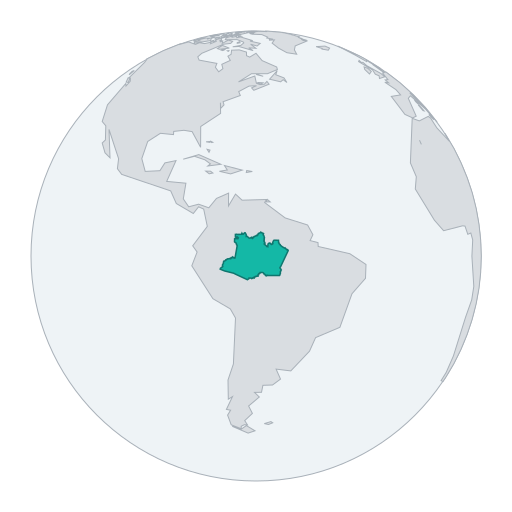 Amazonas highlighted on a globe, orthographic projection
{"feature_id": "BRA-592", "entity_name": "Amazonas", "entity_type": "State", "adm_level": 1, "iso_a3": "BRA", "parent_name": "Brazil", "parent_adm1": "", "projection": "orthographic", "projection_center": [-64.603, -3.801], "detail": "fine", "context": "on_globe", "style": "filled", "palette": "teal", "viewbox_px": 512, "rotation_deg": 0, "n_neighbors": 0, "source": "natural_earth", "source_scale": "10m", "svg_char_len": 11878}
<svg xmlns="http://www.w3.org/2000/svg" viewBox="0 0 512 512"><circle cx="256" cy="256" r="225" fill="#eef3f6" stroke="#a8b0b8"/><path d="M180.8,43.6L178.9,44.6L188.6,41.9L195.5,44.4L199.5,42.7L204.6,43.6L211.1,42.2L210.5,43.7L216.2,41.4L215.5,40.3L217.7,39.1L221.5,38.4L221.4,40.0L219.5,40.6L221.5,40.8L219.8,42.0L222.8,41.0L222.2,43.4L228.3,40.1L232.6,41.4L230.7,43.4L223.6,44.2L201.8,53.3L197.8,56.8L199.1,60.1L216.9,63.4L215.4,67.3L218.7,71.8L222.9,68.7L221.8,64.3L230.3,60.4L227.9,56.2L231.1,54.3L231.6,50.2L239.3,49.9L246.5,52.1L246.5,55.7L249.7,57.1L256.0,53.3L262.1,60.6L276.7,67.0L277.4,69.5L267.5,73.7L251.5,73.7L238.5,81.9L254.8,76.0L256.4,83.3L259.9,84.6L264.4,84.2L266.9,81.4L269.1,84.2L253.8,90.3L251.6,87.9L256.5,85.7L249.0,86.1L238.7,91.6L240.3,95.5L223.1,101.7L224.0,104.9L220.7,108.4L220.4,102.7L220.6,113.4L200.7,126.5L200.6,147.3L192.1,131.6L183.9,130.3L173.7,131.4L173.5,134.6L160.4,133.3L147.7,141.5L141.8,158.6L145.2,171.4L159.9,170.7L164.9,162.9L176.0,160.6L166.7,181.4L185.9,183.2L183.3,198.9L188.7,206.8L198.6,204.2L208.8,207.8L216.5,198.4L228.6,193.1L228.5,205.9L235.5,194.1L242.1,200.2L266.5,199.5L264.6,202.5L285.1,217.9L307.6,225.0L312.9,234.7L310.1,240.6L318.0,242.6L318.2,246.5L349.8,253.7L366.0,264.5L365.5,278.3L352.0,293.7L339.9,327.3L315.6,337.6L309.5,351.2L290.8,370.9L276.1,369.1L280.5,379.1L272.5,385.0L262.9,385.3L261.5,392.3L254.5,392.4L259.3,397.0L248.6,406.0L252.4,413.4L244.7,420.6L247.5,424.9L244.3,424.7L241.2,426.3L241.2,428.7L231.2,424.8L227.6,415.1L230.6,410.2L226.4,409.4L232.5,396.6L228.3,399.2L228.0,380.0L233.4,364.0L235.5,318.0L230.3,308.9L212.9,298.7L191.8,265.8L197.1,252.0L192.7,245.8L207.3,226.4L203.7,209.1L198.6,206.8L193.3,213.5L176.3,203.5L170.7,190.9L121.7,174.4L117.4,168.7L118.6,158.7L109.0,129.4L110.0,157.8L105.0,152.8L102.2,143.0L105.4,140.0L105.8,125.8L102.2,121.5L107.5,104.8L125.8,83.5L126.0,86.0L130.3,81.2L130.4,78.1L129.4,77.4L144.6,62.4L147.3,58.7L146.3,59.2L163.2,50.7L180.8,43.6ZM198.8,154.6L220.9,164.3L207.8,166.0L210.4,163.9L204.9,159.8L194.5,156.3L183.2,159.2L198.8,154.6ZM209.9,142.4L206.1,141.8L209.9,141.5L209.9,142.4ZM128.2,77.7L129.9,78.5L128.2,82.5L126.2,82.0L128.2,77.7ZM132.2,71.3L134.3,70.5L129.2,74.8L129.6,73.9L132.2,71.3ZM227.3,50.8L229.4,50.5L228.2,51.4L227.3,50.8ZM225.5,49.4L222.7,50.6L221.4,50.2L223.2,49.4L225.5,49.4ZM229.3,48.1L219.5,49.3L217.4,48.6L222.4,45.4L229.3,48.1ZM213.6,40.4L214.6,41.4L210.3,41.3L213.6,40.4ZM210.4,40.6L194.1,43.2L194.6,41.7L199.9,40.9L197.8,40.0L206.0,38.0L209.1,38.0L207.1,39.2L211.8,37.6L210.4,40.6ZM218.3,38.7L215.0,39.1L215.2,37.8L221.9,36.7L219.7,37.4L218.3,38.7ZM193.2,41.0L194.5,40.1L201.5,38.1L203.0,37.6L206.3,37.8L193.2,41.0ZM221.5,37.4L225.3,36.2L228.6,36.3L221.6,38.2L221.5,37.4ZM212.4,38.0L212.8,37.4L214.8,37.3L212.4,38.0ZM242.6,36.9L238.6,37.0L238.3,36.2L242.6,36.9ZM226.5,35.8L225.3,35.8L224.8,35.7L227.9,35.0L226.5,35.8ZM211.0,36.6L213.7,36.1L210.0,36.4L215.2,35.2L216.4,35.7L218.0,35.1L219.6,34.7L218.9,35.6L211.0,36.6ZM229.4,34.0L232.7,34.9L240.2,34.6L240.6,35.2L228.5,35.6L229.4,34.0ZM223.3,34.8L227.1,34.4L225.7,35.1L222.2,35.8L223.3,34.8ZM218.2,34.4L210.0,36.0L210.0,35.9L218.2,34.4ZM231.8,33.7L231.0,33.6L232.5,33.6L231.8,33.7ZM222.7,33.9L219.8,34.4L222.7,33.9ZM231.7,33.1L232.7,33.2L230.4,33.6L231.7,33.1ZM227.8,33.3L228.6,33.0L228.9,33.6L226.5,33.5L227.8,33.3ZM223.3,33.7L222.4,33.8L224.5,33.6L223.3,33.7ZM240.0,31.8L240.9,32.5L235.7,33.2L235.5,32.4L240.0,31.8ZM248.1,433.1L232.2,426.3L241.0,429.3L246.4,425.6L255.0,430.8L248.1,433.1ZM264.3,423.6L270.9,421.6L272.7,422.8L268.5,424.5L264.3,423.6ZM436.9,121.8L437.1,122.0L427.0,109.6L423.3,105.3L409.7,92.8L413.8,97.2L426.9,109.6L425.6,108.5L431.2,115.8L425.8,109.4L410.4,95.8L408.3,98.3L416.2,116.2L412.7,117.9L404.9,114.4L391.3,96.4L400.6,94.9L395.9,89.6L384.8,82.2L388.6,82.8L385.2,79.9L387.9,79.6L382.6,73.1L383.9,72.6L373.1,64.9L372.3,63.9L378.9,68.5L384.2,71.9L386.4,72.3L385.9,71.9L400.1,82.8L413.4,94.8L425.7,107.8L436.9,121.8ZM358.0,55.2L358.3,55.3L362.9,57.7L367.5,60.3L379.9,68.0L381.0,69.2L366.5,60.4L366.5,61.5L355.2,55.1L337.7,46.0L358.0,55.2ZM445.5,377.8L442.9,381.6L441.1,380.6L446.2,372.4L453.4,356.0L465.6,317.1L471.7,299.9L473.8,286.4L471.9,256.1L472.7,239.9L470.8,233.0L467.8,234.3L465.0,226.1L462.6,225.8L443.6,230.7L434.4,220.2L415.3,189.0L416.3,176.7L410.4,162.9L412.2,118.3L419.3,120.9L428.2,116.4L430.6,118.1L436.8,127.8L449.4,141.3L444.8,133.2L445.8,134.7L454.0,148.5L461.1,162.9L467.2,177.7L472.3,192.9L476.2,208.5L479.0,224.3L480.7,240.2L481.3,256.3L480.7,272.3L479.0,288.3L476.1,304.0L472.1,319.6L467.0,334.8L460.9,349.6L453.7,364.0L445.5,377.8ZM419.5,140.2L421.3,144.2L421.3,144.3L419.5,140.2ZM267.3,199.4L270.2,201.9L266.3,201.9L267.3,199.4ZM205.7,171.1L210.5,171.2L212.9,173.0L209.2,173.8L205.7,171.1ZM246.7,170.5L252.3,171.5L246.3,172.5L246.7,170.5ZM224.4,165.5L242.2,170.1L230.6,173.9L219.4,171.3L227.3,170.0L224.4,165.5ZM207.1,149.3L210.0,150.1L209.0,152.3L207.1,149.3ZM212.8,142.3L211.6,142.6L210.2,140.9L212.8,142.3ZM257.2,82.9L258.5,82.5L263.0,82.8L260.7,84.0L257.2,82.9ZM284.0,77.9L286.9,82.5L283.2,79.7L280.6,81.8L269.6,79.2L277.2,70.6L275.7,74.7L284.0,77.9ZM257.1,74.3L263.2,76.3L256.2,74.5L257.1,74.3ZM364.1,66.9L367.9,68.4L371.3,71.4L369.5,74.0L364.7,69.4L364.1,66.9ZM372.6,70.0L358.6,61.6L359.1,60.4L361.2,62.4L363.0,62.4L366.8,65.7L380.9,73.5L384.8,76.8L379.5,78.5L379.1,75.8L375.3,74.2L372.6,70.0ZM322.2,48.5L316.1,46.6L325.0,46.1L329.6,48.1L328.3,50.2L322.0,49.1L322.2,48.5ZM240.1,42.8L237.2,43.3L237.2,42.6L239.7,41.7L240.1,42.8ZM240.7,37.0L252.7,40.6L250.0,41.1L260.2,43.4L257.1,46.0L250.6,44.2L255.9,48.3L248.7,47.8L253.1,50.6L238.9,46.5L232.7,46.8L240.8,45.4L243.8,42.9L243.3,42.0L237.1,39.6L225.2,39.7L226.3,37.8L230.2,36.6L233.3,36.3L231.6,37.4L236.8,36.2L236.7,37.7L240.7,37.0ZM275.7,31.7L272.5,31.6L283.0,32.4L283.0,32.7L284.2,32.8L287.0,33.5L292.6,34.7L291.5,34.8L294.1,35.3L296.0,36.0L299.3,36.8L298.5,37.5L302.4,38.6L299.8,38.3L306.7,40.3L301.2,39.2L303.2,40.5L307.5,40.8L295.2,45.9L294.4,49.9L296.7,54.2L286.9,52.7L278.5,48.1L272.1,43.1L274.4,39.9L269.5,40.2L269.2,38.9L273.1,39.2L266.8,38.0L267.6,37.1L261.9,34.6L252.3,34.2L250.0,33.6L254.1,33.4L248.9,33.0L255.2,32.3L253.7,32.0L258.4,31.3L267.2,31.6L264.9,31.2L268.3,31.2L275.7,31.7ZM241.6,31.6L252.2,31.0L257.4,31.2L247.1,32.4L247.6,32.8L241.2,34.3L233.8,34.3L236.3,33.8L237.1,33.3L239.1,33.5L238.0,33.1L241.4,32.5L241.5,32.1L244.9,32.0L241.6,31.6ZM428.8,114.6L429.8,115.1L430.3,114.9L433.9,119.8L428.8,114.6ZM418.5,105.3L418.8,104.8L424.1,110.9L423.0,110.6L418.5,105.3ZM414.3,99.7L418.4,104.3L415.6,101.6L414.3,99.7ZM378.7,68.0L378.4,67.5L380.1,68.6L382.4,70.3L378.7,68.0Z" fill="#d9dde1" stroke="#a8b0b8" stroke-width="1"/><path d="M244.9,232.7L245.2,232.8L245.5,233.5L246.0,234.1L246.1,234.4L246.3,235.0L246.2,236.2L246.2,236.5L247.1,236.3L248.9,237.9L249.1,238.1L249.4,238.1L249.7,238.1L250.0,238.2L250.6,237.9L250.9,237.6L251.5,237.2L252.1,237.2L252.3,237.4L252.4,237.6L252.3,237.9L252.1,238.2L252.1,238.4L252.3,238.5L252.5,238.5L252.7,238.4L252.8,238.2L252.9,237.9L253.2,237.5L253.6,237.4L253.8,236.8L253.9,236.6L254.4,236.6L254.6,236.4L254.8,236.3L255.1,236.1L255.3,236.2L255.5,236.2L256.0,235.8L256.2,235.5L256.8,235.2L256.8,235.6L257.0,235.7L257.2,235.4L257.9,234.9L258.0,234.7L258.1,234.2L258.2,233.6L258.4,233.4L258.7,233.3L259.2,233.3L259.9,232.8L260.1,232.7L260.3,232.7L260.7,232.6L260.8,232.3L261.0,232.5L261.7,232.5L261.8,232.6L261.8,232.8L262.2,233.1L262.3,233.2L262.9,233.2L263.5,233.5L263.3,233.9L263.4,234.3L263.1,234.8L263.4,235.2L263.8,235.6L264.1,236.6L264.2,236.9L264.2,237.3L264.5,237.8L264.4,238.0L264.2,238.2L264.1,238.3L264.3,239.0L264.1,239.4L264.2,239.8L264.0,240.1L264.0,240.4L264.2,240.7L264.1,240.9L264.0,241.0L263.9,241.1L264.2,241.5L264.4,242.0L264.6,242.1L264.7,242.3L264.8,242.5L264.8,242.9L265.0,243.1L265.0,243.5L264.7,243.9L264.3,243.8L264.3,244.2L264.6,244.3L265.0,244.8L265.3,244.9L265.5,245.2L265.7,245.3L266.1,245.6L266.3,245.9L266.5,246.0L266.7,246.5L266.9,246.5L267.2,246.4L267.4,246.6L267.8,246.7L267.7,246.1L267.9,245.6L267.9,245.3L268.0,245.1L267.9,244.7L268.1,243.9L268.3,243.6L268.6,243.4L269.2,243.3L269.3,243.0L269.7,243.0L269.9,243.2L270.4,243.3L270.5,243.5L270.9,243.8L271.1,244.2L271.1,244.4L271.6,244.5L271.7,244.4L272.0,244.4L272.2,244.0L272.8,243.8L272.9,243.7L272.6,243.2L272.6,242.9L272.8,242.3L272.9,242.0L273.1,241.7L273.2,241.3L273.4,241.1L273.6,240.8L273.6,240.6L273.8,240.5L273.9,240.3L274.0,240.2L275.0,240.2L278.5,240.3L278.6,241.5L278.5,241.8L278.6,242.5L279.0,242.8L279.0,243.5L279.5,244.1L280.2,244.5L280.3,244.9L280.3,245.1L280.4,245.3L280.7,245.6L280.9,245.6L281.2,245.9L281.4,246.0L281.6,246.3L282.0,246.5L282.3,246.8L282.6,246.9L282.9,247.1L283.1,247.2L283.2,247.4L283.6,247.5L284.2,247.9L284.5,248.0L284.8,247.9L284.8,248.1L285.1,248.1L285.5,248.3L285.6,248.6L285.8,248.8L286.1,249.0L286.4,249.2L286.7,249.2L286.8,249.3L286.7,249.7L286.8,249.8L287.2,249.9L287.4,249.8L287.7,249.7L287.8,249.8L287.8,250.0L288.1,250.1L288.5,250.0L288.1,250.3L288.2,250.6L280.6,266.7L280.4,267.0L280.0,267.3L279.9,267.5L279.9,267.8L280.1,268.3L280.2,268.5L280.9,269.1L281.0,269.3L281.0,269.8L281.2,270.0L280.9,270.4L280.8,270.6L280.9,270.9L280.8,271.1L280.5,271.5L280.3,271.7L280.2,271.9L280.2,272.1L280.4,272.6L280.5,273.0L280.3,273.4L280.3,273.5L280.1,274.0L279.9,274.2L280.0,274.7L279.7,275.3L279.5,275.5L267.6,275.5L267.6,275.3L267.2,275.2L267.0,275.4L266.7,275.4L266.6,275.8L266.4,275.9L266.0,275.7L265.6,275.6L265.4,275.0L265.4,274.9L265.0,274.8L264.6,274.0L264.4,273.9L264.0,273.9L264.0,273.6L263.7,273.4L263.5,273.1L263.2,272.7L262.9,272.6L262.6,272.5L260.1,272.5L259.9,272.8L260.0,273.1L259.4,273.3L259.4,273.6L258.7,273.7L258.4,274.2L258.4,274.3L258.6,274.5L258.6,274.9L258.3,275.2L258.1,275.3L257.9,275.2L257.8,275.6L257.8,275.9L257.9,276.2L257.7,276.2L257.3,276.2L256.9,276.2L256.7,276.3L256.4,276.2L256.1,276.5L255.6,276.5L255.4,276.4L255.0,276.6L254.8,276.8L254.8,277.3L254.6,277.5L254.2,278.1L253.9,278.0L253.8,277.9L253.8,277.7L253.6,277.4L252.8,277.9L252.7,278.2L252.4,278.0L252.0,278.2L251.8,278.5L251.5,278.6L250.8,278.0L250.0,278.1L249.1,278.0L249.1,278.4L248.7,278.9L248.3,279.0L247.9,279.4L247.7,279.4L247.6,279.5L247.4,279.7L235.8,274.3L233.6,273.2L224.7,271.0L220.2,269.2L220.4,268.3L220.6,268.2L221.9,267.1L222.2,267.1L222.5,267.0L222.7,266.7L222.8,266.3L222.7,266.1L222.6,265.6L222.4,265.3L222.4,265.1L222.7,264.3L223.3,263.7L223.4,263.4L223.4,263.1L223.4,262.7L223.5,262.1L223.6,261.9L223.6,261.4L223.8,261.3L223.8,261.2L224.1,261.2L224.6,261.1L224.7,260.9L225.0,260.7L225.3,260.5L225.5,260.4L225.6,260.0L225.8,260.0L225.8,259.9L226.1,259.9L226.7,259.5L226.8,259.3L227.0,259.3L227.2,259.2L227.4,258.9L227.9,258.9L228.1,258.8L228.3,258.8L228.6,258.8L228.8,258.8L229.0,258.7L229.5,258.6L229.8,258.4L230.0,258.4L230.1,258.5L230.3,258.3L230.5,258.5L230.7,258.3L230.9,258.4L231.0,258.2L231.1,258.4L231.4,258.1L231.5,257.9L231.6,257.7L231.8,257.5L232.2,257.5L232.3,257.3L232.4,257.5L232.6,257.6L232.7,257.4L232.9,257.6L233.2,257.4L233.5,257.5L233.5,257.4L233.7,257.5L233.6,257.8L233.9,258.0L234.0,258.0L234.3,257.9L234.5,257.9L234.6,258.1L235.0,258.0L237.0,246.7L237.1,246.0L237.2,245.8L237.0,245.4L237.0,245.1L236.6,244.8L236.6,244.6L236.5,244.3L236.3,244.0L236.4,243.7L236.3,243.2L236.2,243.1L235.8,242.9L235.5,242.6L235.4,242.5L235.1,242.4L234.5,241.8L234.6,238.8L234.8,238.8L235.6,238.7L236.0,238.5L236.3,238.6L236.4,238.4L236.9,238.2L237.0,238.3L237.3,238.6L237.5,238.5L237.8,238.7L238.1,238.6L238.1,238.4L238.1,238.1L238.0,237.8L238.1,237.7L237.9,237.6L237.9,237.4L237.6,237.0L237.3,236.9L237.1,237.1L236.9,237.0L236.6,237.0L236.3,236.9L235.9,237.0L235.9,236.9L235.7,236.8L235.5,237.0L235.4,237.0L235.4,234.4L235.6,234.4L235.9,234.3L236.2,234.3L236.5,234.2L237.4,234.4L242.0,234.3L241.9,234.3L241.9,234.2L241.7,234.2L241.6,233.9L241.9,233.2L242.0,233.4L242.2,233.5L242.5,234.1L242.9,234.3L243.4,234.1L244.3,233.0L244.9,232.7Z" fill="#14b8a6" stroke="#0f766e" stroke-width="1.5"/></svg>